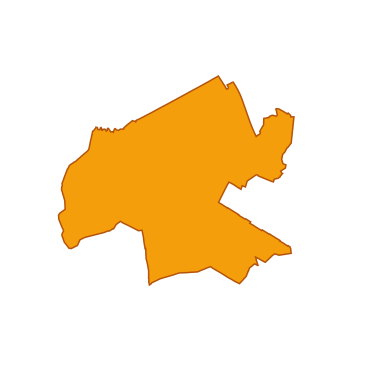 the district of Galgauskas pag., Gulbene, Latvia, rotated 42°
{"feature_id": "27541924B87503038984023", "entity_name": "Galgauskas pag.", "entity_type": "district", "adm_level": 2, "iso_a3": "LVA", "parent_name": "Latvia", "parent_adm1": "Gulbene", "projection": "albers", "projection_center": [26.584, 57.171], "detail": "fine", "context": "isolated", "style": "filled", "palette": "amber", "viewbox_px": 384, "rotation_deg": 42, "n_neighbors": 0, "source": "geoboundaries", "source_scale": "gbopen_adm2", "svg_char_len": 5674}
<svg xmlns="http://www.w3.org/2000/svg" viewBox="0 0 384 384"><g transform="rotate(42 192 192)"><path d="M306.7,171.2L305.8,170.4L303.2,168.0L301.6,167.4L301.4,167.2L299.3,167.6L299.4,168.1L297.5,168.4L295.2,168.7L292.1,169.3L289.8,169.7L289.8,169.2L288.3,169.4L286.0,169.9L282.6,170.5L277.4,171.4L277.3,171.8L275.2,172.1L269.5,173.2L269.6,174.0L267.1,174.5L262.3,175.4L260.4,175.6L255.8,176.6L255.6,175.0L249.9,176.0L249.7,176.6L247.1,177.1L244.7,177.6L241.7,178.0L241.7,177.6L236.3,178.6L229.3,179.8L229.4,180.2L227.7,180.4L224.7,180.9L218.7,181.9L218.2,180.3L217.8,178.9L215.2,169.5L214.3,166.1L213.7,163.9L212.8,159.9L218.2,158.6L220.6,158.3L223.4,157.9L226.6,157.2L225.1,153.8L228.3,152.5L226.2,148.0L225.7,146.9L226.1,145.3L226.1,145.0L227.1,140.9L228.2,136.4L229.5,135.4L230.6,135.7L233.9,134.5L235.0,134.1L238.7,132.8L243.3,131.1L244.6,130.6L245.7,130.1L245.3,128.8L244.8,128.7L244.6,127.5L245.3,126.3L246.9,124.1L247.1,122.5L247.3,122.1L247.3,121.6L246.8,121.0L247.0,120.3L246.9,117.6L246.0,117.9L243.9,117.1L245.4,111.8L243.7,109.0L240.6,110.1L236.5,107.5L236.2,106.8L236.2,106.7L234.2,103.3L234.3,100.3L233.8,98.4L233.2,96.4L233.2,96.1L233.4,94.9L233.3,94.3L233.4,94.1L233.1,91.2L233.0,89.3L218.7,69.6L217.4,67.9L215.2,70.1L214.1,69.1L210.6,69.0L210.7,69.6L210.6,70.2L206.8,70.8L206.6,70.9L201.5,72.0L201.4,72.2L201.2,72.3L200.9,72.3L200.6,72.4L200.3,72.6L200.1,72.7L198.8,73.7L198.8,73.9L198.9,74.2L199.0,74.5L200.5,75.2L201.3,75.9L203.7,77.6L203.8,77.7L203.9,77.9L204.0,78.1L204.0,78.4L203.9,78.7L203.8,79.1L203.4,79.6L203.2,79.8L202.3,80.1L201.9,80.3L201.5,80.5L201.2,80.6L200.4,81.3L200.1,81.6L199.9,82.0L199.6,82.6L199.4,83.0L199.2,83.5L199.1,84.1L199.0,84.5L199.2,85.0L199.3,85.1L197.5,87.6L196.1,89.2L200.4,94.4L200.7,96.8L201.5,100.2L201.9,101.8L203.1,102.1L203.7,104.0L202.9,105.3L202.7,107.2L202.6,107.3L202.6,107.8L199.0,106.3L196.0,105.0L193.3,103.7L192.0,103.1L190.4,102.3L187.7,100.9L184.8,99.3L168.3,90.3L166.2,89.2L164.2,88.2L163.1,87.7L161.3,86.9L158.5,85.8L157.3,85.3L154.2,84.3L150.2,83.1L149.0,82.8L148.4,84.1L146.5,89.0L148.2,89.5L148.6,89.7L148.9,89.8L149.1,90.0L149.5,90.5L149.6,91.1L149.5,91.4L149.3,91.7L148.7,92.4L146.8,91.7L146.4,91.5L142.7,90.6L134.0,88.2L133.2,90.6L131.7,94.9L131.6,95.4L126.7,109.7L124.3,116.3L121.4,124.6L119.4,130.4L119.3,130.5L118.4,133.3L117.5,135.7L116.2,139.4L116.0,140.0L111.9,151.2L109.5,158.1L104.1,172.7L102.8,175.5L102.7,176.8L102.8,176.9L103.1,177.2L103.8,177.7L103.2,177.6L102.1,177.6L101.9,177.9L100.8,178.5L100.6,178.7L100.4,178.8L100.0,178.8L99.8,180.2L98.8,186.1L98.7,186.5L98.8,186.9L98.8,187.0L98.4,189.3L98.5,189.9L98.5,190.1L98.5,190.3L98.8,190.5L99.1,190.8L98.8,191.1L97.9,192.1L97.3,192.7L97.0,192.9L96.8,193.1L96.6,193.3L96.5,193.9L96.4,194.5L96.3,194.8L96.2,195.2L95.9,195.5L95.4,195.8L94.5,196.4L94.1,196.5L93.7,196.4L93.3,196.3L92.8,196.1L92.7,196.1L92.4,196.5L92.3,196.8L92.3,197.3L92.9,198.9L93.1,199.4L93.5,199.8L93.6,200.3L92.5,200.4L91.5,201.7L90.7,201.7L90.1,201.3L88.7,201.0L88.0,200.9L87.4,200.6L86.8,201.1L86.9,201.7L87.8,203.1L87.7,203.8L87.0,204.2L86.5,203.6L85.8,203.5L85.3,203.6L84.5,204.2L84.1,205.1L84.1,206.2L83.6,206.5L83.2,206.2L82.8,205.5L82.3,205.3L81.3,204.9L81.0,205.8L81.2,206.2L81.7,206.5L81.8,206.8L81.4,207.8L80.5,208.5L79.7,208.4L79.2,207.7L78.2,207.5L77.8,208.0L77.3,208.1L77.6,208.9L77.7,210.5L77.8,211.5L77.9,211.9L77.8,212.6L77.7,212.9L77.5,213.2L78.6,215.2L80.4,218.3L83.2,223.3L85.3,226.8L86.6,229.1L87.0,230.8L86.9,231.3L86.8,232.7L86.6,233.8L85.9,239.2L85.8,240.4L85.2,245.1L85.0,247.3L84.9,247.5L84.2,249.3L84.2,250.0L83.7,251.7L83.2,254.0L83.2,254.5L83.8,256.5L84.2,258.0L84.1,258.4L86.9,265.7L87.8,267.9L88.4,269.2L89.8,272.8L91.3,273.9L91.7,275.1L92.5,276.3L93.4,277.5L94.9,278.4L95.8,278.9L97.6,280.1L100.3,281.7L103.4,283.7L104.5,284.8L109.3,289.8L108.5,293.5L107.9,296.6L108.4,298.6L111.1,301.3L118.4,304.9L122.5,306.7L123.4,310.0L124.5,311.4L130.6,314.7L135.7,315.6L138.2,316.1L140.1,314.9L142.6,308.4L141.2,303.9L140.9,303.1L140.9,302.8L140.8,302.4L140.9,302.1L142.0,299.3L142.6,297.8L142.8,297.4L144.1,295.5L144.8,294.4L153.3,281.6L154.7,279.2L155.0,278.3L155.1,277.9L155.4,277.6L156.1,276.8L156.7,276.3L158.0,271.7L158.4,271.7L157.4,267.1L158.4,261.7L161.9,261.1L165.4,260.0L166.0,259.8L174.2,257.6L178.2,256.6L180.0,254.3L180.4,253.9L185.4,257.5L189.9,261.4L192.6,263.6L194.4,264.9L195.2,265.7L195.5,265.5L195.4,265.3L195.6,265.3L195.6,265.2L195.9,265.4L198.1,267.8L201.8,271.5L202.2,272.0L202.6,272.4L203.1,272.7L203.4,272.8L207.6,275.7L212.5,279.6L216.5,284.0L217.0,284.5L217.2,285.1L217.5,285.2L218.5,285.8L219.9,287.6L222.5,289.6L223.0,288.2L222.9,286.4L226.3,278.0L227.3,276.3L228.5,274.3L230.4,271.3L233.9,265.6L235.0,263.6L236.5,261.0L236.9,260.4L238.4,259.0L238.5,258.8L238.8,258.7L239.4,258.1L239.9,257.5L241.7,255.8L242.6,254.9L243.4,254.0L245.7,251.6L246.9,250.4L247.9,249.4L249.7,247.5L251.3,243.9L251.9,242.7L252.7,241.1L254.0,238.3L255.1,236.3L255.6,235.1L256.7,235.0L258.2,234.8L259.1,234.6L262.3,234.0L266.7,233.0L273.1,231.9L274.2,231.7L275.6,231.5L278.2,230.9L279.9,230.5L283.5,229.8L287.7,228.6L288.7,228.3L288.7,228.0L288.6,226.9L288.7,225.4L288.7,222.2L288.7,221.0L288.8,220.6L288.7,220.4L288.7,218.2L288.2,217.1L287.1,214.1L287.0,213.7L286.8,213.6L286.9,213.3L286.8,213.2L286.6,212.5L286.2,211.4L285.6,209.9L285.9,208.3L286.4,204.6L286.7,203.5L286.8,203.4L290.1,202.6L290.2,202.4L286.2,200.1L282.8,197.8L287.5,196.6L288.0,196.6L288.3,196.5L290.0,196.1L292.3,195.6L293.2,195.3L293.3,195.3L293.5,195.1L293.8,191.4L294.2,186.5L294.1,186.3L294.8,182.7L297.4,181.4L297.5,181.4L298.4,181.0L299.1,180.6L301.2,178.0L301.4,177.8L305.4,172.9L306.6,171.3L306.7,171.2Z" fill="#f59e0b" stroke="#b45309" stroke-width="1.5"/></g></svg>